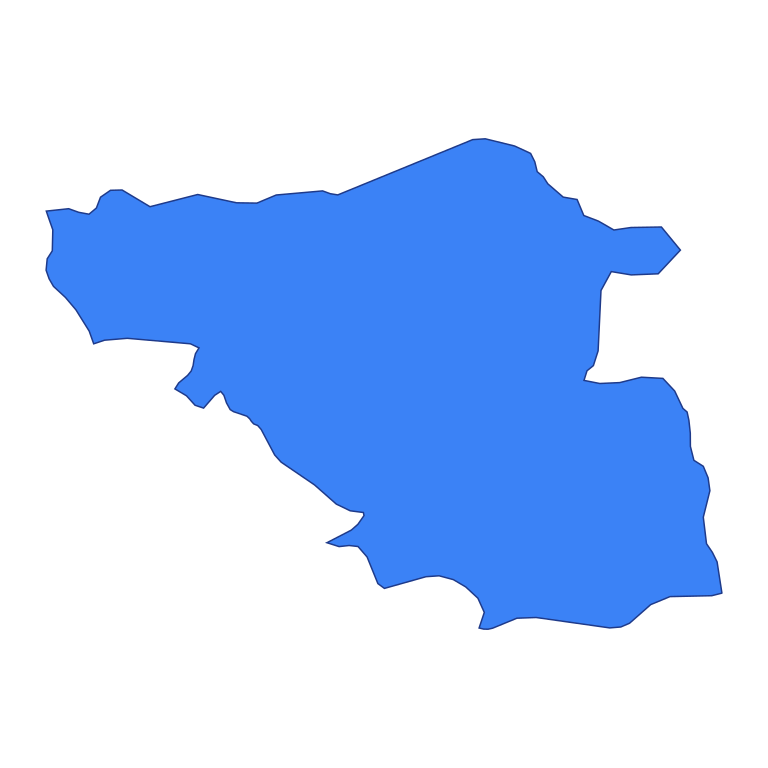 SVG path tracing the border of Samtskhe-Javakheti
{"feature_id": "GEO-3038", "entity_name": "Samtskhe-Javakheti", "entity_type": "Region", "adm_level": 1, "iso_a3": "GEO", "parent_name": "Georgia", "parent_adm1": "", "projection": "mercator", "projection_center": [43.25, 41.511], "detail": "fine", "context": "isolated", "style": "filled", "palette": "blue", "viewbox_px": 768, "rotation_deg": 0, "n_neighbors": 0, "source": "natural_earth", "source_scale": "10m", "svg_char_len": 1711}
<svg xmlns="http://www.w3.org/2000/svg" viewBox="0 0 768 768"><path d="M203.6,408.1L195.1,405.3L186.5,395.8L174.9,388.9L178.7,382.9L187.6,375.4L191.2,371.0L193.1,365.6L194.0,359.6L195.5,353.6L199.0,347.9L190.4,343.8L127.3,338.3L104.5,340.2L95.6,343.2L93.7,343.8L89.2,331.1L75.9,309.8L65.4,297.4L53.5,286.4L49.1,278.8L46.1,270.2L47.2,258.8L52.3,250.8L52.8,229.8L48.3,217.0L46.3,211.1L68.7,208.7L78.7,212.3L89.0,214.2L96.4,208.0L100.5,197.2L110.5,190.3L122.1,190.0L150.0,206.7L197.7,194.5L236.5,202.8L256.9,203.1L276.2,195.0L322.6,190.9L330.3,193.7L337.8,194.9L472.7,139.6L485.3,138.8L514.6,146.0L530.6,153.4L534.8,161.8L537.2,171.7L543.3,176.8L547.8,183.8L563.2,197.1L577.1,199.5L583.8,215.5L598.4,221.1L613.9,230.0L631.0,227.5L661.4,227.0L680.4,250.1L658.2,273.8L631.2,274.9L611.3,271.6L601.0,290.5L598.1,350.9L593.4,365.6L587.0,370.8L584.0,380.4L599.8,383.5L619.7,382.6L641.4,377.2L662.9,378.4L674.7,391.0L682.9,408.4L687.1,412.0L688.9,420.3L690.3,433.2L690.4,446.4L693.9,460.3L703.3,466.3L708.1,477.8L709.9,490.7L703.3,517.2L706.5,543.7L712.4,552.4L717.1,561.9L721.9,593.0L721.7,593.2L711.8,595.7L670.0,596.6L650.7,604.6L629.6,623.2L620.8,627.0L609.7,627.9L536.1,617.5L516.9,618.2L492.6,628.2L488.1,629.2L483.7,629.1L479.1,628.0L484.3,612.4L477.9,598.2L465.7,586.9L453.3,579.6L439.1,575.8L426.0,576.7L384.4,588.4L377.9,583.6L367.1,557.0L358.0,546.5L349.1,545.5L339.1,546.6L326.9,542.7L351.3,530.1L357.9,524.3L364.0,515.6L363.4,512.5L350.2,510.8L336.3,504.1L314.5,484.9L281.2,462.2L274.7,455.0L261.2,429.5L257.7,425.5L253.7,423.9L251.5,421.5L249.7,418.8L246.9,416.2L233.6,411.7L230.2,409.6L226.5,402.9L223.9,395.3L220.7,391.4L214.7,395.3L203.6,408.1Z" fill="#3b82f6" stroke="#1e3a8a" stroke-width="1.5"/></svg>